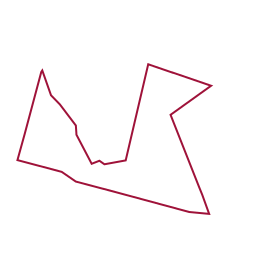 the district of Akjoujt, Inchiri, Mauritania, rotated 104°
{"feature_id": "47542326B26316239883363", "entity_name": "Akjoujt", "entity_type": "district", "adm_level": 2, "iso_a3": "MRT", "parent_name": "Mauritania", "parent_adm1": "Inchiri", "projection": "robinson", "projection_center": [-14.718, 19.947], "detail": "fine", "context": "isolated", "style": "outline", "palette": "rose", "viewbox_px": 256, "rotation_deg": 104, "n_neighbors": 0, "source": "geoboundaries", "source_scale": "gbopen_adm2", "svg_char_len": 475}
<svg xmlns="http://www.w3.org/2000/svg" viewBox="0 0 256 256"><g transform="rotate(104 128 128)"><path d="M92.9,225.1L94.6,225.7L159.1,226.8L185.9,227.5L186.6,181.7L192.6,165.7L193.2,124.6L194.7,48.3L191.7,28.5L175.0,39.7L167.3,45.3L104.9,89.9L66.9,57.6L63.4,98.3L63.5,98.3L61.3,123.8L160.0,122.4L168.9,142.1L166.7,147.8L171.5,154.6L164.3,161.0L147.0,176.4L145.0,177.0L138.2,179.2L121.6,199.8L114.9,210.6L92.9,225.1Z" fill="none" stroke="#9f1239" stroke-width="2"/></g></svg>